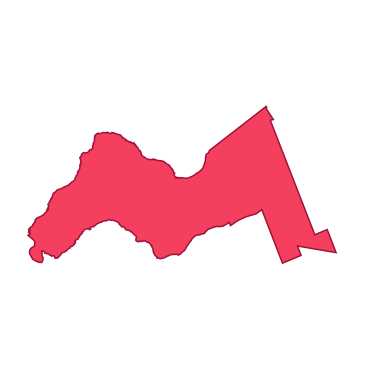 Constitución, Santa Fe, Argentina, rotated 191°
{"feature_id": "61730980B65517483181137", "entity_name": "Constitución", "entity_type": "district", "adm_level": 2, "iso_a3": "ARG", "parent_name": "Argentina", "parent_adm1": "Santa Fe", "projection": "natural_earth1", "projection_center": [-60.677, -33.505], "detail": "fine", "context": "isolated", "style": "filled", "palette": "rose", "viewbox_px": 384, "rotation_deg": 191, "n_neighbors": 0, "source": "geoboundaries", "source_scale": "gbopen_adm2", "svg_char_len": 6122}
<svg xmlns="http://www.w3.org/2000/svg" viewBox="0 0 384 384"><g transform="rotate(191 192 192)"><path d="M298.0,220.0L298.1,218.4L298.4,218.0L297.8,217.0L298.3,215.1L299.2,214.4L300.2,214.2L301.1,212.2L302.1,210.8L303.6,210.0L306.0,210.0L307.6,208.0L307.5,206.5L307.9,206.0L307.7,205.4L308.5,204.7L308.6,204.0L307.5,202.4L307.4,201.8L306.9,201.2L306.9,200.2L306.2,199.2L307.0,198.5L307.1,198.1L306.7,197.1L307.1,196.6L307.2,195.8L306.7,195.4L306.6,195.1L306.9,192.0L307.5,191.6L307.5,190.6L308.1,190.1L307.7,189.3L308.1,188.4L307.9,187.3L308.4,186.3L308.8,186.0L308.9,184.8L309.3,184.1L309.4,183.3L309.1,182.4L309.7,180.9L312.1,178.6L314.7,175.0L315.3,174.8L316.4,173.8L317.0,173.6L317.0,173.3L317.6,173.2L318.8,172.3L319.8,171.3L321.8,169.7L322.2,169.8L324.9,168.1L326.5,165.3L326.9,165.3L327.2,164.5L327.8,164.4L327.8,163.7L328.3,162.7L328.0,159.8L328.6,159.8L329.0,159.0L329.1,158.7L328.8,157.8L329.2,157.7L329.2,157.2L329.4,157.1L330.2,155.3L329.9,154.8L330.0,154.4L330.3,153.7L330.7,153.4L331.0,152.4L329.8,150.5L330.2,150.1L330.4,149.3L330.1,148.6L330.5,148.1L329.7,147.9L330.1,147.1L330.9,146.9L331.1,146.4L330.6,145.7L330.6,145.4L332.1,143.8L333.1,141.8L335.8,139.1L339.1,137.0L339.7,135.9L340.1,135.7L340.6,134.7L340.3,132.8L340.3,132.6L340.8,132.6L341.1,132.0L341.3,130.5L342.1,129.7L342.3,128.0L342.6,127.5L343.6,127.0L344.1,126.1L344.0,125.8L345.0,124.6L344.1,124.1L344.1,123.4L344.9,123.3L344.6,122.5L344.7,121.4L344.1,121.1L343.6,121.6L343.5,120.6L343.9,120.5L343.8,120.2L343.2,120.4L342.7,119.8L344.7,118.2L338.1,114.5L336.9,113.4L336.3,109.8L336.7,108.7L339.6,105.7L340.2,103.7L340.1,101.9L339.3,100.0L335.7,95.8L333.8,94.9L329.2,93.8L326.0,94.1L325.4,96.1L325.4,98.3L325.7,99.1L327.1,100.9L327.6,103.9L328.0,104.6L328.3,104.7L328.3,105.1L327.2,106.0L325.6,105.3L325.0,103.9L320.8,103.7L319.5,102.9L318.5,102.7L318.0,102.9L317.5,102.2L316.5,102.9L315.9,102.8L315.5,103.0L314.4,102.3L314.1,101.3L313.4,100.8L312.9,100.9L312.1,101.5L311.4,101.6L310.1,103.3L309.5,104.7L308.5,105.9L308.4,107.3L307.9,108.0L306.9,108.0L305.8,108.6L305.0,109.5L304.7,110.3L304.3,110.6L303.7,110.5L303.7,111.4L303.4,111.9L302.5,112.5L302.0,113.3L301.2,113.6L301.4,114.1L301.1,114.9L300.1,115.3L299.8,115.9L299.1,115.9L298.8,116.7L297.6,117.9L297.8,118.1L297.5,118.9L296.9,119.6L297.5,120.3L296.8,120.7L297.4,121.7L297.4,122.2L294.9,124.0L294.8,124.9L294.1,126.1L294.0,126.8L294.2,127.2L293.6,127.6L293.6,128.5L292.6,129.4L291.8,130.9L292.1,131.3L292.0,131.8L291.6,132.0L289.8,135.2L288.6,135.5L288.0,136.0L287.3,135.9L286.8,136.3L285.5,135.4L284.5,136.0L284.3,136.5L285.0,137.3L284.8,137.9L284.2,138.5L283.2,138.9L281.8,139.2L280.8,140.7L280.1,141.1L280.1,141.6L279.5,142.4L278.0,143.3L277.8,143.7L277.5,143.7L276.9,144.4L275.0,145.2L273.8,146.3L269.4,148.0L268.3,149.2L266.4,148.7L264.2,149.2L261.1,148.9L260.3,148.4L259.5,148.5L258.3,147.9L257.6,146.8L255.2,145.2L254.9,144.7L253.9,144.3L253.2,144.8L252.0,144.6L249.6,142.3L249.1,142.1L248.4,142.4L247.2,142.3L245.3,141.9L244.4,141.2L243.2,141.3L242.1,140.0L241.2,139.7L239.6,138.5L238.7,138.3L238.6,137.9L238.2,137.5L237.9,136.4L238.2,135.3L237.6,134.1L237.8,133.6L236.6,133.3L236.3,132.9L235.6,132.8L235.1,133.2L233.9,133.4L233.1,134.2L232.4,133.6L230.9,134.6L230.1,134.6L229.5,135.0L227.4,134.7L226.3,134.1L225.1,134.2L224.9,133.9L224.1,133.7L222.6,132.6L222.3,131.9L221.3,131.4L221.0,131.0L221.0,130.5L219.1,128.3L219.2,127.3L218.5,126.3L218.3,125.3L217.7,125.0L217.6,124.2L216.9,123.7L216.7,123.2L213.6,121.1L213.6,120.5L213.1,120.8L211.1,120.5L210.0,120.6L208.6,121.4L207.3,121.7L204.9,123.4L204.3,124.4L203.6,124.4L201.6,126.0L200.2,126.6L200.0,127.0L198.3,127.0L197.3,127.6L195.8,127.7L195.0,128.1L193.6,127.4L193.0,127.7L191.6,128.8L189.7,131.7L188.6,132.5L187.7,134.4L187.0,136.4L186.8,137.7L185.7,139.4L185.4,140.9L183.6,144.1L182.9,146.3L181.8,148.0L179.6,150.4L177.0,151.1L176.0,151.8L175.6,151.7L174.2,152.9L173.1,153.0L171.6,154.0L171.4,154.3L171.4,155.1L170.9,155.7L170.7,156.4L170.1,156.7L169.7,157.9L169.0,158.6L168.3,159.1L168.1,158.9L167.4,159.6L166.8,159.7L165.7,160.7L164.5,161.1L164.4,161.4L162.1,162.4L161.4,163.0L161.0,162.9L157.3,163.5L154.9,164.5L150.7,168.1L149.8,169.4L147.8,166.3L141.4,172.9L134.2,178.0L124.9,182.8L120.1,188.0L89.6,139.4L72.8,150.6L78.1,159.1L39.0,160.0L52.1,180.9L63.3,173.5L128.8,277.3L126.0,278.7L135.6,288.6L134.8,289.4L135.5,290.2L182.9,236.0L182.9,234.8L183.4,233.5L184.8,232.2L185.3,231.3L185.3,228.1L184.8,225.8L184.8,224.6L185.1,223.6L185.1,222.4L185.8,217.9L186.6,216.2L188.8,213.2L190.1,211.9L190.5,211.8L192.8,209.2L195.2,207.1L199.5,204.5L203.0,204.1L203.2,203.9L204.0,204.2L204.7,204.1L205.6,203.7L205.7,203.8L207.4,203.6L207.7,203.1L208.1,203.6L208.5,203.6L210.3,202.4L210.5,203.6L211.1,203.6L211.6,203.9L212.3,204.6L212.9,205.8L213.1,206.5L212.5,207.0L214.1,208.4L214.2,208.9L214.7,209.5L215.2,209.6L215.3,210.2L215.8,210.4L215.8,210.8L217.3,211.7L217.9,212.6L219.1,213.4L219.3,214.0L219.6,213.9L219.9,214.1L222.3,214.7L224.1,215.9L225.0,215.9L225.5,216.7L226.3,216.5L227.9,216.8L228.5,216.6L229.5,216.7L231.1,216.3L232.2,216.6L232.8,216.4L234.1,216.9L234.6,216.6L235.5,216.6L235.6,216.9L236.4,217.0L236.8,216.5L239.0,215.8L239.7,216.0L241.1,215.6L242.8,216.0L247.4,217.9L248.5,218.8L248.9,219.2L249.2,220.4L250.1,221.4L250.1,221.9L250.9,222.6L251.4,222.3L251.9,222.7L253.8,225.3L254.7,225.7L255.1,226.3L255.6,226.4L255.9,227.0L256.3,227.4L256.5,227.2L256.5,227.6L257.1,228.1L258.4,228.5L258.7,229.3L259.0,229.0L259.0,228.5L259.3,228.2L260.1,228.6L260.5,228.5L261.0,229.1L261.9,229.6L262.6,229.4L263.0,228.8L264.7,229.9L265.1,229.8L266.1,230.2L266.7,229.9L266.5,230.6L266.7,230.9L267.2,231.0L267.6,230.9L268.0,231.3L269.3,231.9L270.4,231.7L270.7,232.5L272.6,234.0L273.8,234.4L278.2,234.6L279.0,235.0L280.8,235.2L281.5,234.9L282.0,235.1L282.2,234.5L282.9,233.9L284.6,233.9L285.3,234.4L286.9,234.3L289.2,233.4L290.1,233.6L293.3,231.8L295.5,231.8L295.5,231.1L296.1,231.2L296.7,230.9L297.0,230.0L297.5,230.0L298.1,228.8L297.8,227.9L298.2,227.4L297.7,227.0L298.0,225.9L297.7,224.3L297.3,223.6L297.4,223.1L297.7,222.9L297.7,222.4L298.3,221.2L298.0,220.0Z" fill="#f43f5e" stroke="#9f1239" stroke-width="1.5"/></g></svg>